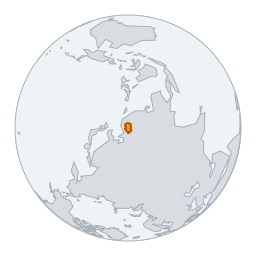 Anhui highlighted on a globe, orthographic projection, rotated 193°
{"feature_id": "CHN-1179", "entity_name": "Anhui", "entity_type": "Province", "adm_level": 1, "iso_a3": "CHN", "parent_name": "China", "parent_adm1": "", "projection": "orthographic", "projection_center": [117.353, 32.025], "detail": "fine", "context": "on_globe", "style": "filled", "palette": "amber", "viewbox_px": 256, "rotation_deg": 193, "n_neighbors": 0, "source": "natural_earth", "source_scale": "10m", "svg_char_len": 13411}
<svg xmlns="http://www.w3.org/2000/svg" viewBox="0 0 256 256"><g transform="rotate(193 128 128)"><circle cx="128" cy="128" r="113" fill="#eef3f6" stroke="#a8b0b8"/><path d="M224.1,180.8L224.0,181.4L223.9,181.5L224.1,180.8ZM204.8,45.6L203.7,44.7L194.3,38.2L194.4,37.7L192.1,36.4L191.9,37.1L192.4,37.9L184.4,36.9L182.6,41.8L185.7,45.5L182.1,43.2L190.7,52.2L192.1,57.7L188.2,50.2L186.0,48.6L185.8,51.5L183.5,50.4L182.1,51.3L179.4,50.0L177.3,46.1L175.5,45.2L175.5,47.3L172.7,47.5L173.0,44.5L168.3,44.6L163.9,38.8L167.0,32.9L162.2,29.7L159.3,24.0L157.3,23.8L154.8,22.0L151.6,21.2L152.0,20.7L149.1,20.6L149.4,21.3L148.2,21.6L146.3,21.3L146.4,20.4L147.4,20.4L146.5,20.1L147.3,19.8L145.8,19.8L146.2,18.9L143.1,19.4L141.1,18.4L142.1,18.0L145.6,18.5L156.7,19.8L158.8,20.1L158.3,19.6L152.4,18.0L160.7,20.2L168.8,23.0L176.6,26.4L184.2,30.4L191.4,34.9L198.3,40.0L204.8,45.6ZM143.2,16.4L144.0,16.6L142.3,16.4L141.9,16.7L138.1,16.2L134.6,15.7L133.2,15.5L129.9,15.5L128.2,15.4L143.2,16.4ZM234.4,100.0L233.5,98.1L234.1,98.2L234.4,100.0ZM232.9,97.6L233.2,98.1L232.9,97.8L232.9,97.6ZM232.7,97.9L232.8,97.7L232.7,98.2L232.7,97.9ZM232.5,98.6L232.5,98.1L232.6,98.3L232.5,98.6ZM231.8,99.0L231.6,99.0L231.6,98.4L231.8,99.0ZM192.9,38.5L192.2,37.3L193.2,37.2L194.1,38.3L192.9,38.5ZM190.7,39.2L189.7,38.1L192.3,39.2L192.0,39.4L190.7,39.2ZM188.5,48.6L188.4,47.1L189.3,49.0L188.5,48.6ZM182.4,51.7L183.2,52.5L182.1,52.7L182.4,51.7ZM144.1,17.0L143.0,16.8L143.7,16.8L144.1,17.0ZM144.9,17.3L146.4,17.4L147.0,17.6L146.0,17.5L144.9,17.3ZM177.0,50.8L175.0,51.0L176.6,50.1L177.0,50.8ZM143.0,17.1L147.8,17.9L148.9,18.3L146.3,18.4L143.0,17.1ZM173.7,50.6L169.0,51.3L170.3,53.1L163.9,48.7L170.0,49.4L171.8,48.0L172.0,49.6L173.7,50.6ZM150.3,21.7L149.9,20.9L151.9,21.9L150.3,21.7ZM151.9,22.2L159.9,25.3L159.5,26.5L156.9,25.1L157.8,27.0L153.7,26.1L152.2,24.8L153.3,24.2L150.9,24.4L151.9,22.2ZM161.1,46.3L159.7,46.1L160.8,45.6L161.1,46.3ZM147.9,21.8L149.5,22.2L149.3,23.2L145.9,22.6L147.1,22.4L147.9,21.8ZM160.1,28.1L159.3,28.9L155.8,28.3L155.0,28.5L153.5,26.2L160.1,28.1ZM146.2,22.1L144.3,22.3L142.6,21.6L146.2,21.5L146.2,22.1ZM150.7,23.8L150.4,24.3L149.4,23.8L150.7,23.8ZM135.8,19.6L137.8,19.9L137.9,20.4L135.8,19.6ZM143.6,22.4L144.2,22.6L144.5,22.9L142.9,23.0L143.6,22.4ZM151.1,26.0L149.8,25.7L151.6,26.9L149.0,26.7L148.5,25.2L147.6,25.8L146.8,25.7L147.3,24.6L151.1,26.0ZM142.0,23.9L140.5,22.2L136.8,21.5L136.7,20.9L142.6,22.3L142.0,23.9ZM145.1,24.4L143.2,23.9L143.9,23.4L145.7,23.4L145.1,24.4ZM147.4,27.1L151.5,27.9L151.5,28.2L147.4,27.1ZM140.8,23.8L141.2,24.2L140.5,23.8L140.8,23.8ZM145.2,26.2L146.6,26.3L146.6,26.7L145.2,26.2ZM140.8,25.0L140.3,24.4L141.5,24.3L140.8,25.0ZM142.7,25.6L142.2,26.0L142.2,24.6L143.3,25.6L142.7,25.6ZM144.9,26.5L145.3,26.7L144.3,26.3L144.9,26.5ZM136.5,25.7L136.2,24.0L138.9,23.8L138.8,25.4L136.5,25.7ZM46.4,50.3L42.8,55.5L41.5,57.3L38.5,60.4L31.7,72.4L33.9,71.1L31.4,80.4L32.0,84.6L38.7,78.3L37.6,71.2L41.1,66.4L44.8,68.8L46.3,75.6L47.6,74.0L49.7,67.0L53.2,66.1L50.8,64.5L49.5,66.9L48.0,66.1L49.1,63.8L50.3,63.5L50.7,61.1L45.1,63.6L43.1,66.4L42.3,62.5L39.0,66.9L37.7,67.2L42.9,60.0L44.7,58.4L51.8,49.4L49.8,50.6L43.0,59.4L43.7,57.8L40.9,60.0L43.6,57.1L51.6,47.7L53.0,44.9L49.8,46.9L61.5,37.1L57.0,41.0L59.3,39.5L64.9,35.4L62.9,37.2L64.6,36.2L63.1,37.9L65.6,37.8L64.8,39.5L70.1,37.4L70.4,38.0L67.2,39.0L64.5,40.8L63.1,45.7L64.1,46.0L67.6,44.3L66.8,46.1L70.4,43.8L71.8,46.2L73.2,41.6L77.5,40.0L80.6,40.5L82.3,39.3L77.1,38.6L74.8,39.1L72.4,40.8L66.4,42.1L66.0,41.0L73.3,36.9L73.4,35.0L79.0,33.0L89.5,35.4L91.7,37.9L86.0,45.2L83.0,45.4L83.6,42.7L79.1,46.7L81.3,45.6L80.6,47.2L84.5,46.5L84.2,47.6L88.5,45.2L88.5,46.5L85.8,48.0L91.6,48.5L92.9,51.2L94.3,50.8L95.5,49.6L96.4,54.1L97.4,53.6L97.5,51.9L99.7,50.0L103.8,48.4L103.9,50.1L102.4,50.8L99.4,55.1L95.4,57.2L95.9,57.7L99.3,56.3L103.0,51.1L105.5,49.7L104.1,52.2L104.8,51.2L106.1,51.0L107.3,52.5L109.0,49.8L122.6,47.1L126.5,50.0L123.8,52.2L133.3,53.1L136.9,56.9L137.0,55.3L141.7,55.0L140.6,53.7L141.0,52.9L152.5,52.4L155.3,53.8L160.4,52.3L160.4,51.6L158.7,50.4L163.9,48.7L170.3,53.1L169.9,54.5L174.2,56.5L172.5,59.7L173.1,63.4L168.8,66.2L169.7,69.2L171.3,69.6L173.7,74.3L173.0,82.8L166.5,73.7L166.0,62.0L165.6,66.4L163.6,64.9L162.2,66.2L162.0,69.6L163.3,70.3L152.3,74.0L147.9,82.9L153.3,82.8L156.1,85.9L155.7,97.5L143.3,112.1L146.9,117.6L146.8,121.0L142.8,122.7L142.9,117.8L139.4,115.7L140.0,112.8L133.7,114.4L134.4,110.4L129.1,113.9L130.4,117.3L135.8,117.2L130.9,122.3L135.6,128.5L135.5,135.3L125.3,146.1L116.0,148.4L115.3,150.4L111.9,147.5L106.9,150.8L112.7,163.4L112.4,166.6L104.5,171.4L104.4,169.0L95.5,161.3L93.4,168.7L100.1,176.4L102.4,184.0L97.1,180.8L94.8,173.9L91.6,171.0L92.8,164.5L90.8,153.8L85.4,154.4L86.1,150.4L82.6,140.6L75.0,141.0L62.8,147.7L60.6,157.5L56.6,160.2L53.0,143.1L54.2,132.8L51.2,132.1L49.0,121.0L40.2,113.5L40.5,110.3L38.5,110.0L37.1,105.0L38.2,100.0L36.7,98.5L34.3,111.7L36.1,113.4L39.8,111.5L38.6,115.6L40.1,121.4L32.9,126.4L22.4,123.3L24.0,115.5L29.4,89.8L30.7,88.1L30.8,87.8L31.0,87.3L28.9,89.7L30.7,85.0L25.0,101.4L22.9,107.5L22.2,123.6L21.7,124.1L22.2,128.1L27.2,131.6L26.6,134.0L22.7,141.7L18.1,148.0L20.2,159.2L22.4,167.1L22.4,167.3L20.0,159.9L18.0,152.2L16.6,144.5L15.7,136.7L15.4,128.8L15.6,121.0L16.3,113.1L17.7,105.4L19.5,97.7L21.9,90.2L24.8,82.9L28.2,75.8L32.1,69.0L36.4,62.4L41.2,56.2L46.4,50.3ZM45.1,87.4L47.8,91.5L51.2,85.0L52.5,86.2L53.1,83.6L51.4,84.5L53.8,78.0L56.5,78.4L58.6,76.0L57.8,74.6L52.3,75.0L48.9,84.1L46.3,85.2L45.1,87.4ZM75.2,30.1L73.2,31.3L71.6,31.9L72.6,30.5L75.0,29.6L75.2,30.1ZM70.8,33.0L77.8,29.8L77.4,30.7L76.4,30.7L75.5,31.7L73.7,31.9L66.5,36.3L64.6,37.2L67.6,33.8L67.7,34.3L69.6,32.9L70.8,33.0ZM96.2,22.4L99.2,21.7L94.5,24.5L92.2,24.9L93.1,23.4L96.3,22.1L96.2,22.4ZM137.4,17.4L138.9,17.5L137.5,17.8L137.4,17.4ZM136.7,19.7L131.0,17.6L132.4,17.5L127.4,16.7L129.1,16.2L132.2,16.6L129.8,15.9L133.3,16.1L131.3,15.7L138.2,16.7L141.3,17.1L137.2,16.8L135.6,17.2L135.8,17.5L138.7,18.7L144.6,20.0L143.9,20.9L141.9,21.2L140.4,21.0L141.3,20.4L138.6,20.6L138.8,19.7L136.7,19.7ZM118.5,27.6L120.2,26.4L114.9,27.8L115.0,26.4L114.4,26.7L113.0,25.8L110.3,25.3L110.9,24.7L109.6,24.8L108.7,24.3L107.1,24.3L107.6,23.2L105.7,23.2L107.0,22.7L103.6,22.9L106.4,22.3L105.4,21.8L103.2,22.7L109.8,18.3L110.5,17.4L109.5,17.1L114.4,16.4L118.4,16.4L121.4,17.1L120.1,18.2L122.6,17.9L122.7,18.4L120.7,18.5L123.8,18.7L123.4,19.2L126.0,20.6L130.8,21.0L131.9,21.7L129.8,21.8L132.3,22.4L129.1,23.2L129.8,23.7L127.4,25.2L122.9,25.3L124.0,25.9L122.2,27.2L118.5,27.6ZM135.7,26.1L130.3,26.2L127.8,25.6L133.1,23.4L132.9,22.8L136.3,21.7L139.9,22.7L138.6,22.9L138.2,23.3L137.2,22.8L137.7,23.6L136.0,23.9L135.8,24.7L134.1,24.5L135.7,26.1ZM42.3,57.1L41.8,58.1L41.4,59.3L39.7,60.9L42.3,57.1ZM47.7,50.6L47.5,51.1L44.8,53.6L45.4,52.7L47.7,50.6ZM49.6,49.4L47.7,50.9L49.1,49.5L49.6,49.4ZM67.2,39.5L67.3,40.1L66.5,40.7L65.4,40.9L67.2,39.5ZM102.7,32.6L104.1,31.7L104.7,31.9L108.6,30.9L108.9,32.1L106.5,33.1L102.7,32.6ZM37.2,78.4L35.7,78.6L36.2,77.3L36.6,77.4L37.2,78.4ZM36.7,69.2L35.8,72.2L36.3,69.6L36.7,69.2ZM103.6,33.7L105.2,33.1L104.3,34.1L103.6,33.7ZM109.2,32.9L108.5,33.9L109.3,32.1L109.2,32.9ZM29.7,183.1L27.6,179.0L24.6,171.5L25.8,172.2L25.7,169.7L28.0,175.7L31.9,186.6L30.3,184.1L29.7,183.1ZM131.1,202.7L134.6,203.3L134.5,203.7L131.1,202.7ZM127.5,201.1L131.4,201.5L126.8,202.0L127.5,201.1ZM133.0,201.6L137.0,200.9L138.8,200.3L138.5,201.2L133.0,201.6ZM124.8,201.0L110.4,199.3L104.8,197.4L106.0,196.1L115.1,197.7L124.8,201.0ZM105.6,196.0L97.1,190.0L85.9,174.0L89.9,175.2L101.7,185.9L100.9,187.2L106.1,191.6L105.6,196.0ZM126.4,190.2L125.6,194.3L117.6,193.2L114.0,192.1L111.5,186.4L112.9,183.8L115.9,184.3L127.6,175.8L131.6,178.4L127.9,182.2L131.2,186.2L126.4,190.2ZM60.9,158.6L62.7,165.4L60.6,165.5L60.9,158.6ZM132.5,169.2L127.7,173.2L132.2,167.7L132.5,169.2ZM135.3,163.8L135.5,166.1L133.7,163.8L135.3,163.8ZM115.0,153.6L111.8,153.7L111.9,152.0L115.9,151.0L115.0,153.6ZM135.4,141.1L134.9,146.0L134.2,147.6L133.0,144.5L135.4,141.1ZM107.7,44.5L101.9,44.4L97.9,45.5L95.9,47.8L96.3,44.7L102.5,43.0L107.7,44.5ZM120.7,46.5L122.5,44.8L123.4,45.8L123.1,46.3L120.7,46.5ZM120.6,45.3L119.7,42.9L121.7,42.1L122.1,44.1L120.6,45.3ZM111.4,37.7L109.7,37.5L110.4,36.7L111.4,37.7ZM187.4,223.7L197.5,216.6L198.1,216.1L187.4,223.7ZM167.2,231.8L167.3,230.5L171.8,229.2L169.7,230.9L167.2,231.8ZM199.7,214.8L200.4,214.2L203.4,211.6L204.7,209.8L204.1,211.0L206.0,209.2L199.7,214.8ZM151.2,227.3L129.1,231.8L124.2,231.0L125.4,229.4L120.9,223.5L122.5,223.8L121.4,219.6L134.5,216.3L143.8,208.8L151.1,209.1L156.6,203.0L164.1,202.8L161.9,207.5L169.7,209.5L175.1,198.8L179.7,208.4L185.3,210.5L186.7,215.5L176.3,226.0L170.4,228.7L169.3,228.4L166.8,229.6L163.1,230.0L161.1,228.0L158.7,229.1L161.1,226.9L157.5,229.1L155.6,227.6L151.2,227.3ZM205.0,199.3L206.0,199.1L207.6,199.8L205.9,200.3L205.0,199.3ZM221.4,184.8L221.8,185.1L220.7,186.1L221.4,184.8ZM223.9,181.5L222.6,182.9L224.1,180.8L223.9,181.5ZM210.8,191.2L211.3,191.5L210.9,192.0L210.8,191.2ZM210.4,191.2L211.1,189.9L211.0,190.9L210.4,191.2ZM205.3,187.9L206.0,187.1L206.3,187.4L205.3,187.9ZM139.8,203.4L144.6,200.4L147.3,200.1L139.8,203.4ZM204.4,187.1L202.7,187.6L202.9,186.9L204.4,187.1ZM204.5,185.7L204.3,184.9L205.4,186.4L204.5,185.7ZM201.3,184.9L203.3,185.7L201.1,185.1L201.3,184.9ZM200.1,185.5L198.6,185.3L198.7,185.0L200.1,185.5ZM183.3,190.7L188.9,194.6L184.4,195.4L179.4,193.2L175.5,196.8L166.6,197.4L168.6,195.4L167.4,192.7L158.3,192.2L156.4,190.4L159.7,189.0L153.7,187.7L160.2,186.5L162.9,190.3L166.7,186.9L173.1,187.0L179.4,187.4L184.5,189.4L183.3,190.7ZM160.3,195.1L161.4,195.0L160.4,196.2L160.3,195.1ZM195.8,184.0L197.9,185.2L197.7,185.7L196.6,185.8L195.8,184.0ZM185.7,188.5L191.1,184.2L192.4,184.0L188.8,188.4L185.7,188.5ZM189.8,182.4L192.3,182.3L193.7,183.8L193.1,184.4L189.8,182.4ZM146.8,192.0L146.6,193.1L144.9,192.3L146.8,192.0ZM149.0,191.3L154.2,192.4L148.6,192.3L149.0,191.3ZM133.6,187.3L135.0,189.9L139.7,188.4L136.2,190.7L139.4,195.0L138.3,196.6L135.1,191.9L134.0,196.6L131.9,196.4L130.8,192.3L132.9,187.4L134.9,185.4L143.5,184.8L133.6,187.3ZM149.0,188.2L147.6,185.1L148.7,183.1L150.1,184.7L149.0,188.2ZM143.7,177.6L140.2,173.8L136.9,175.1L143.6,170.1L145.8,174.6L143.7,177.6ZM140.8,169.3L137.7,170.5L140.9,167.6L140.8,169.3ZM137.0,169.2L136.7,166.6L139.1,167.0L137.0,169.2ZM142.4,169.5L143.1,165.0L144.2,167.7L142.4,169.5ZM135.9,160.6L140.9,165.2L134.2,163.0L134.3,154.2L137.1,154.2L135.9,160.6ZM153.6,124.8L153.0,122.2L155.7,121.6L155.3,123.5L153.6,124.8ZM163.8,118.0L156.2,120.6L150.0,122.9L151.8,124.2L150.3,128.6L147.7,124.4L152.2,119.6L156.8,118.7L157.7,114.9L161.3,112.4L160.8,107.8L162.4,105.8L164.3,109.8L163.8,118.0ZM160.4,105.9L160.9,97.9L165.8,98.9L166.7,100.9L164.5,104.1L162.0,103.3L160.4,105.9ZM162.4,96.3L160.0,95.6L155.7,84.0L156.0,81.8L161.9,90.8L160.0,90.7L160.2,93.4L162.4,96.3ZM160.0,46.9L159.7,46.1L160.8,46.8L160.0,46.9ZM140.3,52.3L141.1,51.4L142.4,52.0L140.3,52.3ZM143.9,49.2L141.9,49.1L144.0,48.6L143.9,49.2ZM137.4,49.0L141.1,48.7L137.6,50.0L137.4,49.0Z" fill="#d9dde1" stroke="#a8b0b8" stroke-width="1"/><path d="M131.8,129.7L131.8,129.9L131.8,130.2L131.8,130.3L131.7,130.4L131.6,130.5L131.4,130.6L131.2,130.8L131.3,130.9L131.4,131.0L131.5,131.2L131.3,131.2L131.3,131.3L131.2,131.4L130.9,131.3L130.7,131.3L130.6,131.5L130.6,131.9L130.6,132.0L130.4,132.3L130.3,132.5L130.2,132.6L129.9,132.9L129.8,133.0L129.7,133.0L129.4,133.1L129.3,132.9L129.2,132.9L128.9,132.9L128.6,132.9L128.5,132.7L128.3,132.7L128.2,132.6L128.1,132.4L127.9,132.3L127.8,132.2L127.7,132.1L127.5,132.3L127.5,132.5L127.3,132.6L127.2,132.9L126.9,132.9L126.8,132.7L127.0,132.5L127.2,132.3L127.2,132.1L127.0,131.9L126.9,131.9L126.7,132.0L126.4,132.2L126.1,132.4L125.9,132.4L125.9,132.2L125.8,131.9L125.8,131.5L125.7,131.5L125.6,131.4L125.5,131.2L125.5,130.8L125.4,130.8L125.4,130.7L125.4,130.4L125.5,130.4L125.5,130.2L125.8,130.0L125.8,129.9L125.7,129.9L125.5,129.7L125.4,129.8L125.4,129.7L125.2,129.6L124.9,129.5L124.8,129.4L124.7,129.3L124.7,129.2L124.8,128.8L124.9,128.6L125.0,128.5L125.2,128.4L125.3,128.4L125.5,128.5L125.6,128.4L125.6,128.0L125.6,127.5L125.6,127.4L125.5,127.2L125.6,126.9L125.5,127.0L125.4,127.0L125.2,127.1L124.9,127.1L124.7,126.9L124.4,126.9L124.5,126.7L124.4,126.7L124.4,126.4L124.2,126.2L123.9,126.0L123.9,125.9L124.0,125.8L124.4,125.9L124.6,125.8L124.6,125.6L124.7,125.4L124.7,125.2L124.8,125.1L125.0,125.0L125.1,124.9L125.1,124.7L125.2,124.4L125.1,124.1L125.4,124.0L125.5,124.1L125.8,124.1L125.7,124.3L125.9,124.4L125.9,124.5L126.0,124.6L126.5,124.5L126.5,124.4L126.8,124.3L126.8,124.2L126.7,124.0L126.7,123.9L126.7,123.7L126.4,123.6L126.3,123.4L126.1,123.3L126.1,123.2L126.4,122.9L126.5,122.9L126.6,123.0L126.8,123.1L127.1,123.2L127.1,123.3L127.3,123.3L127.4,123.6L127.5,123.7L127.4,123.8L127.5,123.8L127.7,124.0L127.8,124.0L128.0,124.0L128.3,124.0L128.5,124.1L128.5,124.3L128.6,124.6L128.8,124.6L129.0,124.6L129.3,124.6L129.3,124.8L129.2,125.0L129.0,125.4L129.0,125.5L129.1,125.8L129.3,125.7L129.4,125.8L129.5,126.1L129.5,126.3L129.5,126.5L129.8,126.6L130.0,126.6L130.3,126.6L130.3,126.4L130.4,126.2L130.5,126.1L130.8,126.3L131.0,126.4L131.0,126.5L131.1,126.8L131.0,127.0L130.9,127.1L130.7,127.0L130.6,126.9L130.4,126.8L130.2,126.9L130.0,127.0L130.2,127.3L130.2,127.5L129.9,127.7L129.9,127.8L129.7,127.9L129.7,128.0L129.8,128.2L129.8,128.3L129.9,128.5L130.0,128.6L130.3,128.7L130.4,128.8L130.5,128.8L130.6,129.0L130.4,129.3L130.4,129.5L130.9,129.5L131.0,129.4L131.2,129.5L131.3,129.5L131.3,129.4L131.4,129.5L131.6,129.7L131.8,129.7Z" fill="#f59e0b" stroke="#b45309" stroke-width="1.5"/></g></svg>